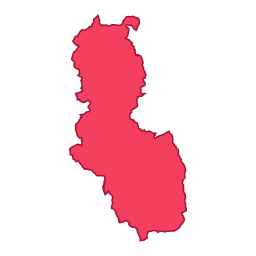 Graiguecullen -Portarlington-Lea-6, Laoighis, Ireland
{"feature_id": "5873133B32465812463029", "entity_name": "Graiguecullen -Portarlington-Lea-6", "entity_type": "district", "adm_level": 2, "iso_a3": "IRL", "parent_name": "Ireland", "parent_adm1": "Laoighis", "projection": "orthographic", "projection_center": [-7.112, 52.984], "detail": "fine", "context": "isolated", "style": "filled", "palette": "rose", "viewbox_px": 256, "rotation_deg": 0, "n_neighbors": 0, "source": "geoboundaries", "source_scale": "gbopen_adm2", "svg_char_len": 5749}
<svg xmlns="http://www.w3.org/2000/svg" viewBox="0 0 256 256"><path d="M74.2,51.7L74.2,52.0L73.5,52.7L71.6,59.4L74.7,62.4L74.0,64.8L74.5,67.2L77.8,69.2L79.5,69.7L79.3,72.1L79.5,72.7L79.2,72.8L79.5,72.8L79.7,73.4L77.9,75.4L82.3,77.8L81.1,80.1L81.3,80.1L81.3,80.6L81.8,80.8L81.8,81.4L81.3,81.9L81.9,84.5L82.0,84.7L82.2,85.3L82.3,86.2L81.5,87.4L82.0,88.0L81.1,88.3L82.9,90.6L82.2,91.4L81.4,91.7L81.2,91.4L79.6,92.4L77.8,92.8L76.1,93.6L75.7,93.5L75.6,94.0L76.2,94.4L76.3,96.1L77.5,97.6L77.1,99.7L79.4,99.5L79.6,100.6L82.0,102.0L83.7,102.6L86.8,101.2L88.0,100.1L88.6,100.4L89.4,101.6L90.8,102.9L89.9,104.7L88.8,105.4L88.0,106.8L88.4,107.8L89.3,108.6L90.1,110.9L89.0,111.7L86.7,112.0L85.9,112.4L84.5,113.9L80.2,114.9L81.8,116.8L80.4,117.6L80.7,118.1L80.0,119.3L79.3,119.9L78.4,121.7L77.2,122.9L77.2,123.8L75.8,124.1L75.4,125.7L76.0,127.1L75.6,128.3L75.5,129.7L76.9,133.1L76.8,134.1L77.6,135.4L77.4,135.7L79.5,138.0L81.5,138.0L81.6,139.0L81.3,140.0L82.1,141.4L82.0,142.6L82.2,142.9L81.8,144.1L82.0,144.9L81.9,145.3L81.4,145.5L79.7,144.7L77.4,144.3L70.8,147.8L69.6,149.4L70.6,153.0L70.0,154.5L73.1,155.5L72.5,156.4L72.9,157.2L73.2,159.2L74.2,159.4L76.1,161.7L78.1,160.7L80.5,164.0L81.6,165.0L82.5,166.9L84.2,168.8L85.7,169.4L86.1,168.8L86.8,168.8L88.2,169.5L91.4,170.0L93.6,172.5L95.4,173.6L96.4,175.5L99.2,175.8L100.9,175.6L104.5,176.0L104.8,176.8L104.7,177.2L105.0,177.7L104.9,178.0L105.2,178.1L105.0,178.4L105.4,178.9L105.0,179.3L104.9,180.9L104.3,181.2L104.5,181.7L104.3,181.9L104.5,182.2L104.2,182.3L104.6,182.7L104.0,183.9L104.3,184.5L103.5,185.2L103.7,185.5L103.7,185.8L103.6,186.2L103.9,186.7L103.6,186.9L102.9,186.6L102.8,187.3L103.0,188.0L104.0,188.0L103.9,189.7L103.5,189.7L103.6,190.3L104.4,192.7L104.6,192.8L104.6,193.1L105.1,193.9L104.8,194.4L105.2,194.8L105.8,194.2L106.0,193.5L107.1,192.9L107.5,191.8L108.6,191.2L109.2,191.6L109.0,192.2L109.5,193.6L110.5,194.0L112.2,195.8L112.7,197.2L112.4,198.2L112.0,200.2L112.1,201.4L112.5,202.2L112.7,203.5L111.9,205.1L111.9,205.7L111.5,207.2L111.9,207.6L111.6,207.9L111.7,208.4L113.6,208.9L115.1,210.8L115.5,211.6L115.4,211.9L116.3,212.3L116.4,213.3L116.1,213.6L116.4,213.8L116.2,214.1L117.1,216.2L117.4,216.2L117.3,216.6L117.7,216.6L118.5,218.3L118.4,219.5L118.9,220.9L118.9,221.8L119.2,221.8L119.4,222.5L119.9,222.7L120.6,222.0L121.2,222.2L122.6,222.1L123.7,221.4L126.9,220.7L129.7,223.7L128.9,224.3L130.4,226.3L132.8,227.3L134.8,227.1L136.4,228.8L137.1,229.1L137.4,231.8L140.2,238.1L140.3,239.5L140.8,240.4L140.6,240.6L144.3,240.0L147.3,237.8L146.7,236.2L147.2,234.0L147.8,232.9L147.7,232.3L147.9,231.8L154.5,230.4L157.9,231.7L157.1,232.5L160.5,231.1L165.3,231.8L167.2,231.2L169.9,231.2L171.3,230.8L172.4,231.1L174.5,231.0L175.8,229.9L177.0,229.7L178.1,228.3L179.4,227.7L179.9,226.9L180.1,225.6L182.1,223.9L183.8,221.3L184.4,219.6L183.5,216.8L181.4,213.2L186.1,210.8L186.4,209.1L185.2,205.3L185.7,204.2L184.6,200.8L184.8,199.8L185.5,197.9L185.6,197.2L185.0,193.9L184.0,192.5L183.5,191.0L183.7,189.3L183.4,187.4L183.5,185.3L182.7,184.2L182.3,182.8L183.2,179.7L184.2,178.7L185.0,177.5L184.5,174.2L185.6,170.8L185.3,168.5L184.1,165.0L181.5,161.8L181.2,160.9L181.3,159.6L180.2,158.3L179.3,155.6L178.3,154.6L178.5,151.8L178.1,149.5L176.5,148.5L176.2,147.8L176.4,147.2L176.3,146.9L174.9,146.1L174.2,144.4L172.6,142.7L172.6,141.9L173.0,140.0L172.6,139.1L172.7,138.4L172.5,136.7L171.7,134.8L169.9,133.7L169.1,131.4L167.9,131.6L165.8,133.2L161.2,135.3L159.7,135.6L159.0,136.3L157.0,136.8L155.4,138.3L154.8,138.5L154.2,137.2L153.9,135.9L154.2,135.8L154.3,135.3L155.2,135.1L155.2,134.3L155.7,133.7L155.7,133.1L153.9,133.5L152.0,132.7L149.5,131.1L147.6,131.5L146.7,132.1L144.8,131.0L144.4,129.8L143.9,130.1L142.9,131.3L142.0,131.2L141.5,129.7L138.7,128.5L137.6,123.7L136.8,122.7L135.0,122.1L133.7,120.0L133.0,120.7L132.1,119.6L131.2,119.5L130.6,119.0L129.9,117.7L129.8,115.7L130.0,114.4L131.7,112.0L131.3,110.1L135.1,108.1L137.6,106.0L136.8,100.8L136.4,100.1L138.0,97.7L137.6,97.2L138.2,97.1L138.9,96.4L141.3,96.3L144.8,93.7L143.3,93.7L142.7,94.1L140.6,92.7L140.9,91.5L140.7,90.8L141.1,89.6L140.7,88.8L140.7,87.5L141.3,86.9L142.6,86.6L143.3,85.8L144.2,85.7L144.9,85.1L145.1,83.7L144.7,82.5L143.1,80.0L142.8,78.9L143.0,78.6L145.1,78.1L145.9,75.0L144.9,72.6L144.7,71.7L144.8,71.2L144.1,70.9L143.4,69.1L143.7,68.3L143.4,67.4L142.2,65.3L142.4,64.2L143.1,63.0L142.3,60.3L142.2,59.1L141.1,57.1L141.0,56.4L140.4,55.7L139.2,55.5L138.1,54.5L137.6,55.0L137.3,55.8L136.8,55.2L135.7,55.3L135.6,55.0L135.9,54.3L135.1,53.7L135.4,52.5L134.8,52.2L134.9,51.2L134.5,50.6L135.1,50.2L135.1,49.8L133.8,48.3L134.1,46.7L131.7,44.6L132.3,43.1L132.2,42.8L131.7,42.3L130.5,41.9L129.9,40.6L129.3,40.0L128.8,40.1L127.5,39.0L125.4,38.2L127.1,36.5L127.7,35.5L128.8,30.1L128.8,28.9L128.3,28.5L127.7,27.5L126.9,27.1L126.3,26.1L126.3,25.1L127.8,24.6L129.8,25.5L131.5,25.3L132.5,26.2L132.9,27.4L133.8,27.9L133.8,28.4L134.5,29.5L135.3,29.7L136.0,30.4L136.7,29.6L136.8,29.2L136.7,28.9L136.9,28.3L137.4,27.9L137.3,27.4L137.5,26.6L137.9,26.4L137.9,25.7L139.0,24.1L139.0,23.2L139.4,22.8L139.2,21.7L139.4,21.3L139.1,20.7L139.2,20.3L138.9,19.8L138.9,19.4L138.4,19.0L138.4,18.4L135.8,17.4L134.4,17.2L133.9,16.6L132.0,16.3L130.3,16.9L128.3,16.5L126.8,16.7L125.7,17.5L125.3,18.9L124.3,19.3L122.9,21.5L123.0,23.0L120.9,25.0L117.7,25.4L116.5,25.0L112.4,24.6L109.7,25.8L108.0,26.1L107.3,25.4L105.7,24.9L104.3,25.4L103.0,25.0L101.0,25.4L100.6,24.9L100.6,24.3L99.3,23.5L99.2,23.2L99.6,20.7L99.8,20.2L99.1,19.3L98.0,15.4L93.6,19.5L93.7,21.0L93.5,22.9L92.2,23.9L91.9,24.7L92.0,25.6L91.4,26.6L89.5,26.6L87.4,28.9L86.0,29.4L85.0,30.2L81.9,29.8L81.2,30.9L80.7,30.9L80.1,31.6L79.6,32.8L78.2,34.2L77.7,36.3L75.5,36.4L72.8,41.3L75.9,44.9L76.7,45.3L78.3,45.5L79.0,46.1L78.9,46.5L78.1,47.2L75.4,51.3L74.2,51.7Z" fill="#f43f5e" stroke="#9f1239" stroke-width="1.5"/></svg>